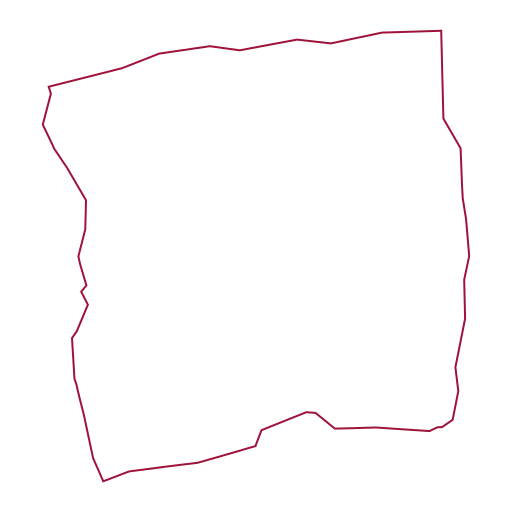 outline of Xanbogd, Ömnögovi, Mongolia
{"feature_id": "93677404B95802719700643", "entity_name": "Xanbogd", "entity_type": "district", "adm_level": 2, "iso_a3": "MNG", "parent_name": "Mongolia", "parent_adm1": "Ömnögovi", "projection": "orthographic", "projection_center": [107.26, 42.897], "detail": "fine", "context": "isolated", "style": "outline", "palette": "rose", "viewbox_px": 512, "rotation_deg": 0, "n_neighbors": 0, "source": "geoboundaries", "source_scale": "gbopen_adm2", "svg_char_len": 1128}
<svg xmlns="http://www.w3.org/2000/svg" viewBox="0 0 512 512"><path d="M103.3,481.3L104.8,480.7L116.4,476.3L120.7,474.6L129.2,471.4L131.5,471.1L147.9,469.0L164.6,466.8L181.7,464.7L185.9,464.2L190.2,463.7L197.5,462.8L220.1,456.4L221.6,456.0L221.7,455.9L239.3,450.8L248.1,448.2L255.5,446.1L255.5,445.9L258.0,439.3L261.5,430.2L277.8,423.6L279.2,423.1L279.9,422.8L292.8,417.6L297.6,415.7L306.4,412.2L315.5,412.9L325.3,420.8L329.9,424.6L332.5,426.7L334.8,428.6L352.1,428.2L364.7,427.8L376.2,427.5L376.4,427.5L392.4,428.6L404.2,429.4L421.1,430.5L429.5,431.1L431.7,430.0L437.4,427.3L439.0,427.2L441.9,427.2L452.7,419.8L452.7,419.6L458.3,391.1L455.4,367.3L465.1,318.7L464.2,279.7L469.2,256.1L466.1,219.4L462.7,198.0L462.0,184.6L460.6,148.3L443.4,118.6L441.2,30.7L440.4,30.8L382.0,32.6L330.8,43.4L297.1,39.6L239.7,50.3L209.8,46.2L159.2,53.6L122.0,68.2L48.7,86.7L50.9,93.7L42.8,124.6L52.9,145.7L54.1,148.6L67.0,167.7L86.0,200.2L85.3,229.2L78.4,256.3L79.9,263.4L86.4,285.4L81.2,291.7L87.9,304.7L76.8,331.2L72.0,338.1L74.5,379.0L76.3,384.0L79.3,397.0L83.8,414.6L93.1,458.2L103.3,481.3Z" fill="none" stroke="#9f1239" stroke-width="2"/></svg>